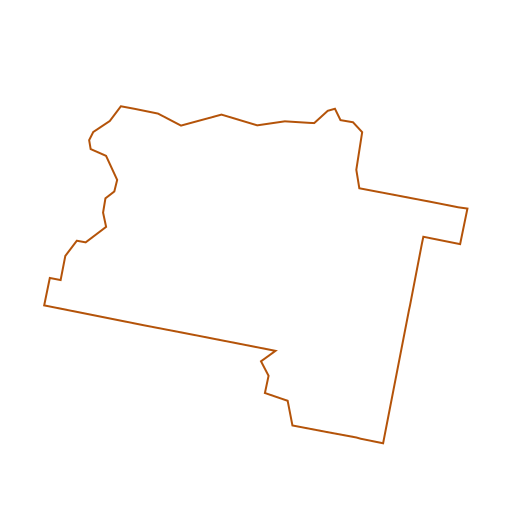 Wagoner, Oklahoma, United States of America, rotated 191°
{"feature_id": "52423323B74853588584421", "entity_name": "Wagoner", "entity_type": "district", "adm_level": 2, "iso_a3": "USA", "parent_name": "United States of America", "parent_adm1": "Oklahoma", "projection": "natural_earth1", "projection_center": [-95.526, 35.964], "detail": "fine", "context": "isolated", "style": "outline", "palette": "amber", "viewbox_px": 512, "rotation_deg": 191, "n_neighbors": 0, "source": "geoboundaries", "source_scale": "gbopen_adm2", "svg_char_len": 864}
<svg xmlns="http://www.w3.org/2000/svg" viewBox="0 0 512 512"><g transform="rotate(191 256 256)"><path d="M92.4,342.5L167.5,342.2L174.0,359.8L175.4,397.8L186.3,405.8L199.0,405.5L206.6,415.6L213.3,412.2L224.2,397.6L228.8,396.9L253.4,393.7L279.7,384.5L316.9,388.2L354.5,369.7L379.4,377.1L403.2,377.3L417.2,377.2L425.3,360.6L439.4,346.7L441.9,337.9L438.7,329.4L422.3,325.7L406.8,304.2L407.4,292.3L414.8,283.9L414.4,269.4L408.7,256.0L425.8,236.9L434.8,236.8L443.2,219.7L443.2,195.1L454.2,195.1L454.5,167.1L353.0,166.6L304.0,166.7L218.8,166.6L231.0,153.6L220.8,140.8L221.1,123.2L197.3,119.9L187.9,96.6L153.2,96.7L122.8,97.0L118.4,96.6L95.5,96.4L95.5,119.9L95.5,131.5L95.5,143.2L95.5,154.6L95.5,189.8L95.5,201.5L95.5,213.1L95.5,232.4L95.4,236.5L95.5,300.1L95.4,306.8L57.9,306.6L57.5,342.9L66.8,342.4L92.4,342.5Z" fill="none" stroke="#b45309" stroke-width="2"/></g></svg>